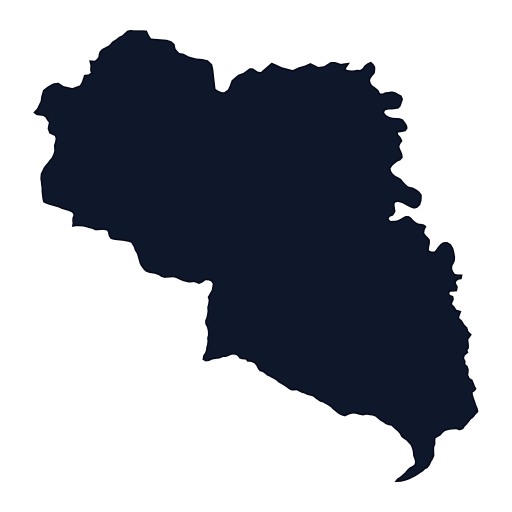 the district of Tupaciguara, Minas Gerais, Brazil
{"feature_id": "56859067B46869230194574", "entity_name": "Tupaciguara", "entity_type": "district", "adm_level": 2, "iso_a3": "BRA", "parent_name": "Brazil", "parent_adm1": "Minas Gerais", "projection": "albers", "projection_center": [-48.725, -18.573], "detail": "fine", "context": "isolated", "style": "filled", "palette": "ink", "viewbox_px": 512, "rotation_deg": 0, "n_neighbors": 0, "source": "geoboundaries", "source_scale": "gbopen_adm2", "svg_char_len": 5955}
<svg xmlns="http://www.w3.org/2000/svg" viewBox="0 0 512 512"><path d="M348.4,63.6L344.4,64.1L340.8,64.7L335.2,62.8L331.0,62.7L324.4,66.9L318.3,67.8L310.4,63.9L305.1,66.3L299.0,68.0L292.8,70.9L281.7,68.0L275.2,65.0L271.8,63.5L261.0,72.9L257.4,72.3L252.5,69.0L249.9,69.0L243.9,73.5L238.6,75.4L232.3,80.7L230.6,85.6L228.5,90.2L224.2,93.1L221.1,92.8L217.5,91.2L214.8,89.4L212.5,69.2L211.5,64.8L207.5,61.0L202.5,59.8L195.8,59.2L188.5,57.2L183.2,54.4L179.0,53.7L176.4,51.1L174.8,48.9L173.9,44.5L170.9,41.9L166.5,40.5L150.6,39.2L148.2,35.5L146.3,31.3L142.9,31.1L133.8,31.1L130.6,30.7L127.7,31.3L122.6,36.0L119.4,37.5L116.5,39.9L112.9,42.1L109.6,45.9L102.5,49.6L100.3,51.9L99.5,54.2L99.2,57.0L97.8,59.1L95.1,61.5L90.1,61.1L91.1,65.1L90.9,70.7L92.0,72.8L88.9,75.1L84.7,75.6L82.6,82.1L80.4,86.0L72.4,88.9L63.2,86.8L58.2,83.5L53.6,84.1L48.2,87.1L43.7,90.6L42.0,96.5L41.3,101.5L37.6,109.1L34.4,112.5L36.9,114.4L43.5,115.2L46.0,116.9L47.6,119.7L49.7,122.4L48.9,125.7L48.4,128.7L49.9,132.8L52.6,134.1L55.5,135.4L56.4,138.6L55.7,142.4L54.8,145.1L54.8,147.8L55.1,150.9L54.0,154.5L52.3,158.1L50.2,160.5L48.3,163.1L46.3,165.4L44.3,168.0L43.1,170.7L41.5,173.8L41.1,178.6L41.6,182.2L41.9,185.1L42.3,188.0L42.3,191.4L43.1,198.4L43.9,201.8L47.0,203.2L49.7,204.1L58.8,206.7L61.8,208.1L65.0,209.1L68.8,210.2L72.0,211.6L73.7,213.1L74.2,215.6L73.2,217.8L73.0,220.6L73.3,223.2L72.8,226.0L76.6,225.4L83.0,225.7L86.1,226.4L89.4,227.4L92.6,228.2L95.7,229.6L99.0,229.4L102.4,229.1L105.2,229.4L107.6,230.0L108.7,232.1L109.4,235.7L111.1,238.2L113.7,239.0L116.6,239.4L122.7,240.0L128.8,241.1L131.7,242.1L134.4,246.6L135.5,250.1L137.4,253.0L138.6,256.8L140.3,263.0L141.4,265.3L142.9,267.3L144.3,269.2L146.1,270.9L148.9,272.0L151.5,272.5L154.5,272.9L157.0,273.7L159.3,274.6L161.6,276.2L164.5,277.1L171.5,276.6L174.0,276.6L176.3,277.2L179.6,278.8L183.2,280.4L188.5,281.7L191.1,281.7L193.9,281.3L196.5,282.1L199.0,283.2L202.3,281.7L205.2,279.5L208.7,279.6L211.6,280.8L213.5,283.5L213.0,287.1L212.4,290.4L208.5,297.2L209.4,299.9L209.0,303.5L208.0,307.5L208.3,311.3L207.7,315.1L207.0,318.2L205.9,320.6L206.0,323.7L207.7,327.0L208.6,331.0L208.7,335.2L207.9,338.0L208.2,341.4L207.8,344.6L207.0,347.5L206.7,350.4L205.8,352.9L203.9,355.8L203.3,359.3L205.9,360.7L209.0,360.2L211.7,358.9L215.3,358.2L219.1,357.8L222.8,356.3L225.8,356.2L228.3,355.3L230.6,354.2L232.8,353.8L235.5,354.0L238.0,355.2L240.0,357.9L242.7,358.6L246.1,358.8L247.7,360.9L251.1,361.1L254.6,362.5L256.9,365.1L258.6,368.6L260.2,370.6L262.8,371.2L265.2,372.9L267.5,374.9L270.1,376.0L272.3,377.3L274.8,378.5L277.1,380.1L279.2,382.0L281.8,383.4L284.7,385.2L286.9,386.7L289.2,388.4L291.6,389.7L293.9,389.7L297.0,389.5L299.5,390.9L301.8,392.0L304.2,392.6L307.6,394.2L310.8,395.0L313.7,395.9L316.0,398.0L318.3,399.5L320.4,401.0L323.2,401.7L325.2,402.9L327.3,404.0L329.7,405.5L331.6,406.9L333.4,408.8L339.0,413.3L341.9,414.7L344.8,415.6L349.6,413.5L352.6,412.8L356.0,413.0L358.9,413.9L362.9,414.7L366.5,413.9L369.8,414.5L372.4,414.7L375.8,415.9L380.7,420.0L383.6,421.7L385.8,423.3L388.7,424.5L391.6,424.9L395.7,428.7L397.9,430.5L400.4,433.4L401.9,436.3L403.7,437.8L406.7,439.8L411.2,444.6L412.5,447.6L413.3,450.4L413.7,453.0L413.9,455.7L415.2,459.0L415.8,461.9L415.3,464.7L412.9,466.6L410.0,468.1L407.8,470.2L405.4,473.1L400.5,477.4L397.7,479.1L396.0,481.3L400.9,481.0L404.6,480.1L408.5,478.8L414.3,476.0L416.9,474.4L419.8,472.4L422.7,470.6L424.6,468.6L426.9,467.6L429.1,464.8L430.8,461.1L432.3,458.7L433.6,455.7L433.4,449.8L433.5,446.7L434.6,444.2L434.6,441.1L434.7,438.0L437.2,436.4L440.1,434.8L442.3,432.2L444.4,430.5L446.6,429.7L449.5,429.0L453.4,428.6L456.5,428.5L459.7,429.6L462.8,428.4L464.0,426.3L466.3,424.0L468.3,421.5L470.3,418.9L472.9,416.9L475.0,414.2L477.6,411.5L477.0,408.6L475.6,405.4L474.1,400.8L472.8,397.2L472.1,394.7L471.9,392.0L474.1,390.7L475.6,388.8L474.2,386.1L473.0,383.1L471.8,380.2L469.1,378.7L467.4,375.1L467.8,372.7L468.0,369.5L466.9,366.4L464.6,364.6L464.8,361.3L463.2,358.2L464.2,355.1L467.5,352.3L466.6,350.0L468.1,348.1L468.2,345.3L467.8,342.0L467.5,339.3L470.8,334.7L467.8,331.7L466.6,327.9L463.8,325.0L461.2,320.8L458.2,318.2L459.2,314.8L460.4,311.6L455.8,310.3L454.1,307.3L451.1,304.3L452.0,301.7L453.1,299.2L452.6,296.7L449.3,295.4L448.4,292.6L450.2,290.9L453.1,290.9L456.4,290.6L457.0,286.8L455.0,283.2L455.8,280.7L458.1,279.0L461.0,278.5L461.6,275.2L457.9,275.2L454.5,274.7L452.4,271.7L451.4,268.9L451.6,265.6L452.9,263.4L454.1,260.7L454.4,257.3L453.6,252.6L452.6,248.6L450.4,244.8L446.9,242.7L443.3,243.0L440.8,244.8L438.3,247.7L436.5,250.4L434.6,252.3L431.3,252.3L428.0,250.8L428.4,247.0L429.2,242.9L429.1,240.0L427.3,237.8L425.2,235.8L423.4,233.2L424.0,229.6L425.5,226.6L423.4,225.1L421.0,224.6L418.5,224.4L415.9,223.2L412.7,220.7L410.6,218.2L408.7,216.9L406.0,216.7L403.9,217.7L401.3,219.3L398.4,220.8L396.1,221.4L393.7,221.6L390.1,221.7L387.6,219.0L389.2,216.2L392.6,214.9L394.7,211.5L393.7,204.6L394.3,202.1L397.5,201.1L400.7,201.8L403.0,202.6L408.8,205.8L411.6,207.1L414.3,207.9L416.9,207.1L419.5,204.6L420.6,201.2L421.0,198.1L421.0,195.1L418.8,192.2L416.0,190.1L412.5,188.2L409.8,187.7L407.4,186.9L404.7,184.4L402.2,181.7L400.5,179.5L398.1,178.1L395.1,176.6L392.1,174.1L390.3,171.2L389.7,168.3L391.9,165.1L394.9,162.5L397.0,160.9L399.9,159.7L402.0,157.3L401.5,154.1L400.6,151.8L399.4,149.4L398.5,146.5L399.6,143.7L401.6,140.9L400.2,137.9L397.5,134.8L396.9,131.9L400.3,131.5L405.0,130.6L406.8,128.1L406.3,125.7L404.6,122.9L402.2,119.9L399.3,118.9L395.6,118.7L392.2,118.5L388.6,117.4L385.5,115.6L383.2,112.5L384.5,109.9L387.0,109.0L389.8,108.7L392.3,108.7L397.9,107.9L399.9,106.0L402.2,99.2L400.9,96.1L398.8,95.1L395.3,93.1L392.1,92.2L388.6,92.7L385.6,93.0L383.1,94.2L379.8,94.3L377.6,90.4L374.4,87.8L371.9,86.1L370.1,83.7L369.2,80.2L370.1,77.9L371.7,75.6L374.0,73.0L374.5,70.2L374.5,67.2L373.0,64.7L370.8,62.6L367.6,64.1L365.1,66.0L363.2,68.8L360.3,70.8L357.2,70.5L354.0,71.2L350.8,71.2L347.5,70.8L344.7,69.6L346.1,66.9L348.4,63.6Z" fill="#0f172a" stroke="#020617" stroke-width="1.5"/></svg>